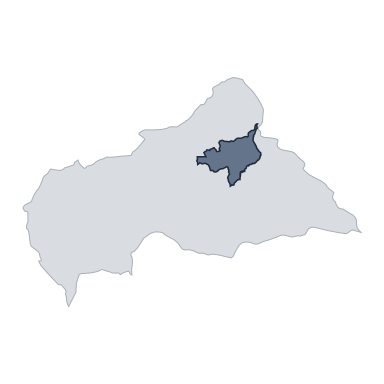 Ouadda, Haute-Kotto, Central African Republic (highlighted)
{"feature_id": "33826404B85937091100445", "entity_name": "Ouadda", "entity_type": "district", "adm_level": 2, "iso_a3": "CAF", "parent_name": "Central African Republic", "parent_adm1": "Haute-Kotto", "projection": "mercator", "projection_center": [22.72, 8.057], "detail": "fine", "context": "in_parent", "style": "filled", "palette": "slate", "viewbox_px": 384, "rotation_deg": 0, "n_neighbors": 0, "source": "geoboundaries", "source_scale": "gbopen_adm2", "svg_char_len": 6798}
<svg xmlns="http://www.w3.org/2000/svg" viewBox="0 0 384 384"><path d="M273.6,138.4L277.4,139.4L278.1,140.6L277.0,144.5L277.7,146.9L279.9,148.9L282.1,149.8L284.2,150.3L291.5,151.6L294.5,153.0L298.5,157.5L303.6,161.7L304.8,163.9L304.6,165.8L303.1,168.3L303.3,169.2L305.6,171.7L308.3,174.1L313.1,176.9L321.5,181.2L325.4,184.1L326.7,186.2L328.8,188.6L331.8,190.8L333.8,192.5L332.4,197.2L332.9,198.7L333.6,200.1L335.4,201.9L336.1,204.3L337.8,207.3L339.9,208.6L343.3,209.1L345.2,210.5L349.0,212.9L352.6,214.9L354.2,216.4L355.2,217.6L356.0,219.1L356.4,220.6L356.5,223.7L357.1,227.7L359.1,230.4L361.0,232.4L353.4,230.1L352.3,230.0L351.0,230.5L347.1,233.3L345.8,233.6L340.9,233.0L328.9,230.8L319.7,228.6L317.0,227.9L312.0,227.1L308.8,228.6L305.7,233.6L304.8,234.6L300.1,236.1L297.8,235.7L292.2,237.1L283.7,235.0L280.6,235.4L278.2,236.5L272.1,238.8L268.4,240.1L264.0,241.3L259.9,243.1L257.1,244.1L254.4,244.1L252.0,243.0L249.3,242.2L246.1,242.0L242.7,242.5L239.9,244.5L238.7,245.9L236.3,249.8L233.4,256.0L232.2,257.2L231.2,257.9L217.8,254.8L212.1,254.1L208.2,255.0L203.3,253.3L201.1,253.0L200.1,253.5L197.4,252.7L193.0,250.6L188.8,249.7L185.0,250.0L182.6,249.3L180.8,247.3L178.4,243.5L174.0,239.7L168.2,236.7L164.5,234.5L163.1,232.9L159.9,232.1L155.1,231.9L150.5,233.4L143.8,238.1L137.7,247.7L134.2,251.4L131.5,252.4L130.8,254.7L132.2,258.4L132.5,262.6L131.6,269.8L131.9,275.0L130.4,274.2L129.0,271.7L128.4,271.2L124.3,272.3L122.2,273.3L121.1,274.3L120.2,274.5L118.9,273.1L117.9,272.9L116.3,273.1L114.7,273.1L113.6,272.9L112.9,273.1L111.0,272.3L104.0,270.2L102.8,269.6L101.4,269.6L97.7,271.4L95.8,271.9L90.0,273.0L83.8,273.5L81.4,273.5L79.8,274.3L78.8,275.4L76.8,282.1L76.3,283.2L76.4,284.9L75.9,290.2L76.1,291.9L68.7,306.5L67.5,304.1L66.7,301.2L66.4,298.0L66.6,297.1L66.1,296.1L65.5,293.4L66.1,291.7L65.6,289.9L64.1,288.1L62.8,286.8L62.1,285.5L61.4,285.0L60.0,284.8L58.0,284.2L49.8,275.6L41.2,265.9L39.5,262.8L38.8,261.0L40.9,260.8L41.4,260.4L41.4,259.6L40.1,257.1L39.5,254.0L38.5,252.0L35.1,249.1L31.9,246.8L30.9,245.7L30.3,244.0L29.0,233.6L28.5,230.6L27.5,229.3L26.7,228.7L26.5,228.0L26.6,226.1L27.0,224.4L27.0,223.8L27.9,222.3L27.9,212.6L26.8,211.3L24.9,211.3L23.9,209.9L23.0,208.1L23.3,206.8L25.1,204.9L26.4,204.1L30.0,202.5L31.1,201.8L31.7,200.8L32.1,199.5L34.3,194.5L37.4,189.6L38.8,188.5L42.0,181.2L42.7,179.3L43.2,177.5L44.3,176.0L47.7,173.5L50.4,169.1L53.2,169.4L56.1,170.1L59.9,170.4L62.8,169.6L64.7,167.9L73.8,164.9L74.4,162.6L75.9,161.4L77.5,160.3L78.1,160.1L78.2,160.9L79.3,163.4L81.3,165.8L84.4,168.4L85.2,168.2L87.1,166.2L91.8,165.0L93.0,164.4L96.4,161.5L100.4,159.6L102.8,159.0L106.9,157.0L109.8,157.3L114.4,157.0L122.2,156.1L127.9,155.8L130.7,155.4L131.4,155.0L132.5,152.2L133.4,151.4L135.5,150.2L139.6,145.9L142.3,142.4L143.2,141.1L143.7,140.8L144.9,139.3L143.7,137.8L139.1,134.6L139.2,134.2L138.9,133.6L139.1,133.2L140.9,131.9L143.3,130.4L145.8,129.8L152.5,130.0L158.1,129.6L159.5,129.7L163.9,129.0L166.9,128.3L170.0,126.8L177.0,126.9L182.9,123.0L184.6,122.3L185.3,121.7L185.5,121.1L188.2,119.6L191.3,116.4L193.7,113.5L194.4,111.4L201.0,104.5L203.3,104.7L204.5,103.8L207.1,99.2L207.9,98.4L210.6,97.6L211.9,96.2L213.1,94.2L213.1,91.6L212.6,89.6L212.6,88.6L213.2,87.7L214.3,86.8L219.3,84.3L220.6,83.1L221.3,82.1L222.7,81.9L224.3,82.0L225.3,81.3L226.4,80.2L229.8,78.7L233.1,77.5L236.5,78.0L242.6,79.5L244.5,82.8L245.3,83.9L252.9,91.7L254.4,93.6L258.2,99.2L260.5,103.1L263.1,108.5L263.4,111.5L263.0,114.1L262.5,121.3L261.8,123.4L258.5,127.2L258.3,129.0L259.0,130.4L260.0,131.0L260.6,131.8L260.3,135.1L261.4,136.4L264.0,137.3L270.3,137.9L273.6,138.4Z" fill="#d9dde1" stroke="#a8b0b8" stroke-width="1"/><path d="M257.5,123.9L256.7,124.0L256.0,124.5L255.4,125.1L255.0,126.8L254.8,128.6L254.4,129.7L253.3,130.4L251.4,130.6L248.8,132.6L248.3,133.1L248.2,134.7L248.3,136.0L247.9,136.7L247.5,136.9L246.4,136.5L244.3,136.9L241.3,138.2L237.9,138.2L236.9,138.5L235.6,139.5L233.8,141.3L233.1,141.4L232.3,141.1L231.7,140.9L230.4,141.1L229.9,141.8L224.5,141.3L223.5,140.9L222.4,140.3L220.2,140.8L219.6,141.5L218.9,142.7L219.4,144.0L220.1,145.5L220.2,146.6L219.2,148.6L219.3,149.3L219.6,149.9L220.1,150.5L219.9,150.9L217.1,151.7L216.4,151.2L216.0,149.8L215.1,149.1L214.5,148.5L214.2,147.8L213.5,147.8L212.8,148.3L211.6,149.0L210.2,149.3L209.7,150.5L208.7,150.1L207.8,149.9L206.7,150.0L206.6,150.7L206.2,151.0L204.4,152.1L203.9,152.6L204.3,153.4L205.9,156.7L197.2,156.8L197.5,159.0L197.2,159.7L196.9,160.3L196.8,161.0L197.5,161.8L197.7,164.5L200.0,162.8L202.1,163.9L202.9,163.8L204.3,163.3L205.9,163.5L206.9,164.3L207.6,164.4L208.4,165.0L209.4,166.9L210.5,170.5L212.9,170.5L213.7,171.6L214.6,172.0L216.1,171.9L217.7,171.1L219.2,169.5L221.4,168.8L222.9,168.7L227.0,166.6L228.1,167.8L228.1,169.1L228.6,169.5L229.0,171.3L228.5,172.0L229.3,173.4L229.6,174.1L229.0,174.7L227.7,177.5L228.1,179.3L228.4,179.8L228.5,181.3L229.1,182.4L229.8,183.4L230.1,184.3L230.3,186.2L230.8,185.8L231.6,185.4L231.7,185.0L232.1,185.0L232.6,185.0L233.0,185.1L233.4,185.1L233.7,185.1L234.0,184.7L234.3,183.0L235.2,182.4L236.8,180.6L238.1,179.7L238.5,179.6L239.0,179.7L239.1,179.4L239.3,179.1L239.6,178.9L239.8,178.7L240.0,178.9L240.0,178.5L240.0,178.2L240.1,177.0L240.3,176.7L240.3,176.1L240.5,175.2L240.4,174.9L240.0,174.8L240.0,174.6L240.3,174.5L240.5,174.4L240.6,174.0L240.3,173.6L240.2,173.2L240.4,172.4L240.9,171.7L241.3,171.6L241.7,171.4L241.8,171.6L241.8,172.0L242.0,172.4L242.3,172.1L242.3,171.8L242.3,171.4L242.4,171.2L242.6,171.3L242.8,171.5L243.0,171.6L243.5,171.8L243.7,171.7L243.6,171.2L243.8,171.0L244.0,171.1L244.4,171.2L244.7,171.3L244.8,170.9L244.7,170.6L244.6,170.1L244.8,169.5L245.1,168.8L245.4,168.6L245.7,168.6L245.8,168.7L246.0,168.6L246.4,167.6L246.5,166.6L247.4,165.6L247.8,165.7L248.1,165.9L248.3,165.9L248.7,165.9L248.9,165.7L248.9,165.2L249.2,164.7L249.8,164.6L250.2,164.4L250.6,164.4L251.0,164.5L251.2,164.3L251.4,164.2L251.7,164.1L251.9,164.0L252.1,163.9L252.2,163.6L252.3,163.5L252.6,163.4L252.8,163.5L253.1,163.4L253.4,163.3L253.6,163.6L254.1,163.5L254.6,163.4L255.0,163.1L255.3,162.8L255.5,162.5L255.8,162.3L256.2,162.1L256.5,161.7L257.6,160.2L258.1,160.3L258.8,159.6L259.6,158.5L260.0,157.9L260.0,157.2L259.9,156.7L259.9,156.2L260.5,156.0L260.7,155.5L260.9,155.2L260.9,154.6L260.8,154.4L260.6,154.1L260.8,153.3L260.7,152.8L260.5,152.5L260.1,152.4L258.7,151.1L258.6,150.4L258.1,150.3L257.8,149.8L257.7,149.3L257.6,149.0L257.2,148.7L256.8,148.5L256.4,147.3L256.3,146.2L255.6,145.6L255.4,144.7L254.2,142.8L253.8,142.0L253.5,141.6L253.3,141.2L253.0,139.9L253.1,139.0L253.3,138.0L253.3,137.3L253.4,136.9L253.6,136.6L253.7,136.2L253.5,135.9L253.5,135.6L254.2,134.7L254.9,133.5L255.0,132.9L255.1,132.2L255.5,131.4L256.1,129.6L256.5,129.0L257.2,128.2L257.2,127.9L257.1,127.0L257.0,126.5L256.7,125.8L256.8,125.3L256.9,124.7L257.4,124.2L257.5,123.9Z" fill="#64748b" stroke="#1e293b" stroke-width="1.5"/></svg>